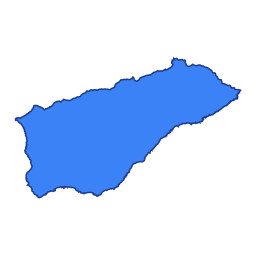 Sao Joao Baptista, Porto Novo, Cabo Verde (orthographic projection)
{"feature_id": "66160863B46579427106888", "entity_name": "Sao Joao Baptista", "entity_type": "district", "adm_level": 2, "iso_a3": "CPV", "parent_name": "Cabo Verde", "parent_adm1": "Porto Novo", "projection": "orthographic", "projection_center": [-25.144, 17.011], "detail": "fine", "context": "isolated", "style": "filled", "palette": "blue", "viewbox_px": 256, "rotation_deg": 0, "n_neighbors": 0, "source": "geoboundaries", "source_scale": "gbopen_adm2", "svg_char_len": 5791}
<svg xmlns="http://www.w3.org/2000/svg" viewBox="0 0 256 256"><path d="M178.4,60.1L176.7,58.3L174.7,59.2L173.8,58.3L173.6,60.1L172.9,60.2L172.7,60.7L172.2,60.4L171.7,62.4L171.8,63.3L173.1,64.5L171.6,66.7L170.2,68.0L168.7,68.4L167.6,69.7L166.3,69.7L165.7,70.0L165.4,69.5L165.7,68.9L162.4,71.2L161.6,70.9L159.8,71.0L159.7,71.3L157.8,70.7L154.9,72.3L153.7,72.3L151.2,74.6L146.4,75.5L140.3,77.8L138.4,80.5L137.5,80.6L137.4,81.0L136.0,81.1L134.3,79.9L133.9,78.1L132.9,77.0L131.7,78.5L129.6,79.7L127.1,79.2L126.5,79.6L126.2,79.3L125.6,79.6L123.5,79.3L122.8,79.9L121.0,79.8L118.8,82.3L117.8,82.5L115.7,84.1L115.0,85.3L114.6,87.0L114.0,87.6L112.0,88.3L110.2,89.5L108.9,89.7L108.3,89.4L105.3,89.0L102.3,89.3L101.8,89.0L99.2,89.3L97.2,90.3L96.5,90.3L96.1,89.8L94.0,89.8L92.7,90.5L92.3,90.0L91.4,89.8L90.4,90.1L89.2,91.3L87.0,90.9L85.4,92.9L83.7,93.3L81.3,95.0L80.2,96.6L78.5,97.0L77.5,96.9L75.2,98.2L73.1,98.5L70.9,100.1L69.3,100.5L65.6,100.1L63.7,99.4L60.7,102.1L59.0,101.1L56.8,101.5L54.0,103.1L52.6,105.4L50.8,106.8L49.9,106.7L49.3,107.7L47.8,108.1L47.3,108.6L45.7,108.7L44.4,109.7L43.1,108.8L42.8,108.1L40.2,106.9L39.5,106.9L37.9,105.8L35.7,105.4L34.0,105.6L33.0,108.6L32.1,109.3L31.7,110.5L30.2,111.8L29.8,111.8L29.5,112.4L28.5,112.8L28.5,113.4L26.9,113.9L26.6,114.5L24.9,115.6L20.9,117.6L20.6,118.4L18.1,117.5L15.9,118.4L15.4,119.9L15.9,120.4L16.7,120.0L17.3,120.2L18.6,122.1L20.6,123.6L20.9,123.5L23.4,127.3L23.4,128.0L24.1,128.5L24.6,131.3L25.4,132.3L25.1,133.2L25.6,133.7L25.6,135.3L26.4,136.9L27.1,141.3L26.3,142.5L26.4,144.4L26.8,144.5L26.3,145.6L26.5,146.4L26.3,146.6L25.8,146.2L26.4,146.9L25.7,147.2L26.2,148.6L25.6,149.0L24.8,150.9L25.5,151.4L25.3,152.2L25.8,152.4L25.8,153.2L27.5,154.8L27.6,156.0L28.2,156.0L28.4,157.2L29.3,158.0L29.6,159.5L30.5,159.8L31.0,160.6L30.6,162.3L32.1,166.7L31.1,168.9L28.9,171.3L28.1,171.7L27.8,172.4L27.1,172.6L26.9,173.5L26.4,174.0L26.1,177.4L26.1,178.2L26.7,178.9L26.3,179.4L26.6,179.7L26.5,180.6L28.7,182.8L28.7,183.4L27.5,185.2L28.5,185.2L31.2,187.5L32.1,189.5L31.8,190.0L32.1,191.2L33.3,192.0L34.4,194.2L36.7,195.0L36.7,195.7L37.2,195.8L37.4,196.5L38.3,197.3L39.5,197.7L42.2,196.3L43.5,195.1L45.7,194.7L45.7,194.0L46.1,194.1L46.1,193.8L47.5,192.7L47.9,192.1L50.9,191.1L53.4,191.1L53.7,190.6L53.9,191.0L54.3,190.3L55.1,190.6L55.3,190.3L55.1,188.9L56.8,187.8L60.5,187.0L61.4,187.0L61.7,187.4L61.9,187.1L62.1,187.5L62.9,186.8L63.8,186.9L63.8,187.4L64.1,187.1L64.2,187.7L64.4,187.4L64.7,187.5L65.2,186.7L66.1,186.7L66.8,186.9L67.4,187.6L67.8,187.0L68.6,186.9L70.8,187.2L70.9,187.5L72.4,187.4L74.8,188.2L75.4,188.6L76.0,190.1L77.2,190.9L78.4,191.1L78.6,192.1L80.2,191.5L80.7,192.0L80.7,192.8L81.9,192.9L83.5,193.6L84.0,193.2L84.4,193.6L84.2,193.9L85.0,193.0L86.0,193.1L86.7,192.6L90.1,192.3L92.4,192.7L92.9,193.0L93.0,193.7L93.5,193.7L93.5,194.2L94.2,194.3L93.9,194.6L94.2,194.9L96.6,195.3L96.6,195.9L97.1,196.2L98.2,195.8L98.9,194.9L100.1,195.0L100.7,194.6L102.3,192.1L103.8,191.0L105.8,190.2L106.7,190.4L108.5,189.3L111.1,188.7L111.5,188.9L111.8,188.6L112.9,188.5L113.7,189.2L114.4,188.9L114.9,187.7L115.9,187.5L116.6,186.6L117.5,186.8L118.3,186.3L118.5,184.3L119.2,184.3L119.1,184.0L119.6,183.5L121.5,182.1L122.5,180.6L123.6,180.0L123.7,179.0L124.4,178.6L124.2,177.9L124.8,177.5L124.7,176.9L125.8,176.7L125.8,175.7L126.1,175.8L126.2,175.2L126.6,175.1L126.4,174.8L126.9,174.6L127.3,172.9L128.9,172.6L129.3,172.1L129.3,170.9L130.0,169.0L131.4,167.7L132.3,165.3L133.3,164.0L134.3,163.3L135.0,163.5L137.2,162.2L138.9,161.8L142.4,161.8L144.4,160.6L145.3,156.7L147.1,154.8L148.1,152.9L148.8,152.5L149.9,153.1L150.4,151.0L151.4,150.1L151.8,150.3L151.7,149.9L153.2,148.9L153.6,147.9L154.3,147.7L155.1,146.3L155.6,146.1L156.1,144.8L156.6,144.9L157.3,144.0L157.6,144.1L157.7,143.5L158.6,142.8L160.6,138.9L164.7,136.6L165.6,136.6L165.5,136.1L166.0,135.5L166.7,135.7L167.0,134.3L168.0,133.1L169.0,132.8L169.1,133.1L169.6,132.2L170.1,132.3L169.8,131.6L170.2,130.8L170.5,130.8L170.3,130.6L170.6,130.1L171.2,129.8L171.6,130.2L171.6,129.9L172.2,129.7L172.2,130.0L172.5,129.7L172.7,130.0L172.6,129.0L173.1,128.8L173.3,128.1L174.8,126.5L176.9,125.7L178.3,126.6L178.5,125.8L179.6,124.8L181.9,124.1L182.9,123.4L183.9,123.6L185.7,123.5L187.1,122.9L188.1,123.1L189.4,123.0L190.1,123.6L191.5,123.4L190.9,125.0L192.5,123.3L194.0,123.3L195.0,122.8L195.4,123.1L195.5,122.8L195.8,123.2L196.9,123.2L197.4,122.7L198.1,122.8L199.1,122.1L199.7,122.5L199.6,122.1L201.6,121.5L201.9,120.9L202.3,121.1L202.9,120.1L202.5,120.0L202.7,119.2L203.2,119.0L202.6,118.7L203.0,118.5L203.4,117.4L204.3,117.0L204.9,117.4L205.1,117.1L205.3,117.7L206.3,116.4L206.8,116.4L206.8,116.8L208.7,115.9L209.0,115.2L209.4,115.3L209.4,114.8L210.1,115.3L213.0,114.5L213.6,113.6L214.5,113.4L215.0,112.8L215.0,112.3L215.5,112.5L216.9,111.4L217.3,111.6L218.2,111.2L218.2,110.6L220.1,109.8L222.5,107.5L222.8,107.6L223.6,106.7L224.2,106.6L224.5,106.0L226.4,105.7L226.6,104.9L227.4,104.9L227.6,104.4L228.8,103.5L228.8,103.1L229.2,103.2L229.8,102.6L229.6,102.4L229.9,102.3L230.0,101.8L230.6,101.6L230.7,101.0L231.2,101.2L233.0,100.1L233.3,100.3L233.7,99.4L233.9,99.6L234.4,99.4L234.5,99.7L236.1,98.4L236.7,98.9L236.8,98.6L237.4,98.6L237.7,98.0L237.2,97.7L237.3,96.5L237.7,96.3L236.8,95.1L237.2,94.9L237.0,94.7L237.6,94.0L238.4,93.7L238.4,92.6L239.3,92.6L239.2,92.0L240.6,90.3L238.8,89.6L235.9,89.7L235.0,89.3L234.5,88.0L234.0,87.7L232.4,88.0L231.2,87.5L230.6,86.1L229.6,85.3L228.9,85.5L227.0,85.1L224.4,83.8L221.9,83.4L221.8,81.5L221.2,79.8L219.5,79.7L217.8,78.7L217.5,77.0L215.9,75.5L215.4,73.4L214.9,73.0L212.6,72.7L211.7,70.6L207.3,67.6L204.9,67.1L203.3,66.0L201.3,65.9L199.9,65.0L198.3,65.0L197.6,65.5L195.9,65.7L193.2,64.8L192.6,64.3L190.9,65.8L188.3,66.5L187.1,65.9L186.3,64.9L185.4,62.8L185.4,60.8L185.0,60.3L184.2,60.0L183.2,60.4L182.1,59.5L178.4,60.1Z" fill="#3b82f6" stroke="#1e3a8a" stroke-width="1.5"/></svg>